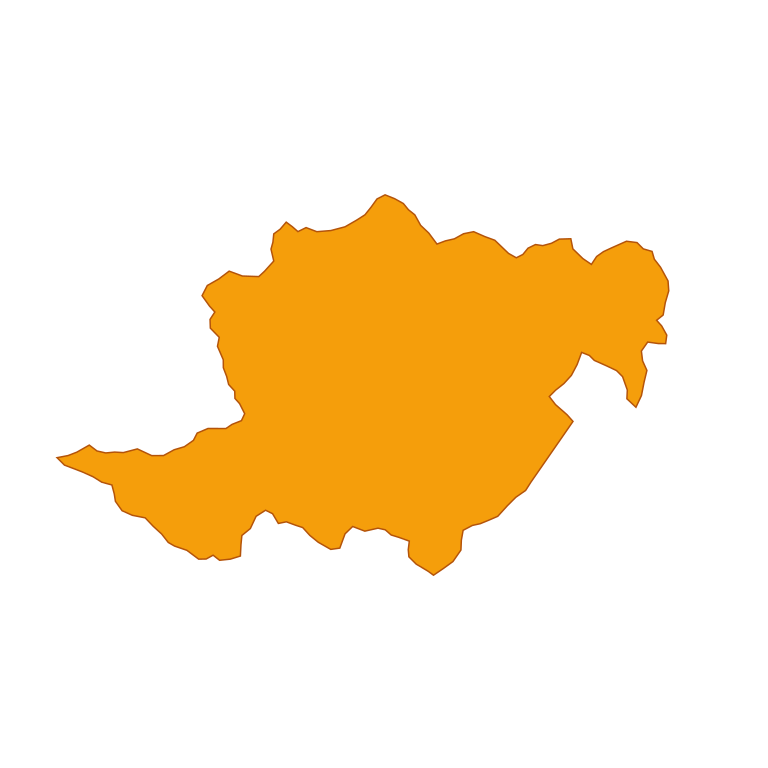 Pereiras, São Paulo, Brazil, rotated 45°
{"feature_id": "56859067B86538174057776", "entity_name": "Pereiras", "entity_type": "district", "adm_level": 2, "iso_a3": "BRA", "parent_name": "Brazil", "parent_adm1": "São Paulo", "projection": "mercator", "projection_center": [-47.981, -23.122], "detail": "fine", "context": "isolated", "style": "filled", "palette": "amber", "viewbox_px": 768, "rotation_deg": 45, "n_neighbors": 0, "source": "geoboundaries", "source_scale": "gbopen_adm2", "svg_char_len": 2390}
<svg xmlns="http://www.w3.org/2000/svg" viewBox="0 0 768 768"><g transform="rotate(45 384 384)"><path d="M554.2,484.2L556.4,472.7L558.3,460.8L555.8,447.0L549.1,439.7L543.4,431.5L546.5,421.5L550.8,414.8L554.2,406.7L558.0,397.1L557.3,382.8L557.3,370.9L559.4,359.1L557.3,349.6L544.1,276.8L535.1,276.3L519.8,277.3L509.7,276.0L509.7,267.0L510.9,256.5L510.4,245.4L506.8,233.7L501.4,221.9L509.0,218.6L516.0,218.6L528.8,213.7L538.9,210.1L547.5,210.1L560.3,216.2L566.2,222.7L578.6,222.3L574.2,210.1L566.6,198.8L560.3,188.5L550.5,184.8L542.7,178.7L540.8,167.9L549.4,161.4L554.6,156.3L549.4,149.5L539.3,146.6L531.7,146.2L532.6,137.8L525.4,127.6L519.5,116.8L512.0,110.3L497.0,105.9L486.9,104.6L479.8,100.7L471.8,105.1L462.9,105.1L454.5,111.6L448.7,126.7L445.6,135.2L444.2,143.5L446.1,152.8L435.9,154.7L422.0,154.9L413.4,149.2L405.5,157.6L402.9,166.1L398.4,173.9L392.5,178.3L389.8,186.1L390.6,194.2L388.3,201.2L379.7,203.6L360.7,204.0L351.0,208.5L339.7,212.9L334.0,221.5L331.1,231.6L326.2,239.4L322.5,247.6L308.9,245.6L297.7,245.9L286.2,242.6L278.0,243.5L270.1,242.7L260.6,245.4L251.0,249.5L248.2,258.1L249.8,267.9L250.9,277.8L248.7,287.8L245.3,300.4L237.9,313.1L228.8,323.8L218.3,328.5L215.4,337.1L208.0,337.6L200.4,338.7L201.1,348.0L199.9,355.8L205.2,362.3L208.7,368.5L219.1,375.0L219.8,388.8L219.5,396.6L207.5,407.8L194.7,413.7L192.9,426.6L189.4,439.3L192.9,450.2L205.6,452.3L213.5,452.7L215.3,461.3L221.7,467.3L234.5,467.5L239.6,475.1L253.2,480.5L258.9,486.1L267.4,489.9L274.5,494.2L283.5,494.6L288.8,499.6L295.8,500.0L306.5,503.5L309.1,510.7L305.1,520.0L303.7,527.3L291.0,539.9L286.6,550.8L289.1,558.6L287.2,569.5L282.1,578.9L278.7,590.5L270.4,598.9L255.5,604.3L248.2,616.8L241.7,622.6L236.0,629.5L228.4,634.3L218.8,635.6L215.0,649.4L211.2,658.0L204.9,667.3L215.4,667.3L232.6,659.6L243.9,655.3L253.9,653.0L263.0,647.8L270.9,652.4L277.1,656.9L288.4,658.8L298.9,654.8L309.8,647.5L321.3,647.8L332.9,647.3L343.5,648.6L350.5,646.7L362.2,641.0L376.8,638.9L382.0,633.5L384.2,625.9L392.4,624.9L399.2,616.5L404.1,607.2L396.6,598.9L390.6,591.6L391.7,580.7L387.1,568.0L389.5,557.0L396.9,554.5L407.9,557.3L412.4,550.5L421.3,546.4L428.0,543.0L438.6,543.5L449.4,542.4L463.3,538.6L468.8,531.3L462.4,517.5L462.6,506.9L474.5,501.6L481.7,490.2L488.0,486.2L495.8,485.7L503.0,481.9L513.0,477.2L518.3,484.0L523.8,488.6L534.1,488.6L547.2,485.3L554.2,484.2Z" fill="#f59e0b" stroke="#b45309" stroke-width="1.5"/></g></svg>